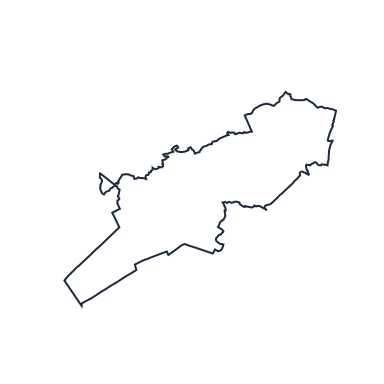 the district of Tamboesti, Vrancea, Romania, rotated 134°
{"feature_id": "2599482B45059786841433", "entity_name": "Tamboesti", "entity_type": "district", "adm_level": 2, "iso_a3": "ROU", "parent_name": "Romania", "parent_adm1": "Vrancea", "projection": "orthographic", "projection_center": [27.032, 45.517], "detail": "fine", "context": "isolated", "style": "outline", "palette": "slate", "viewbox_px": 384, "rotation_deg": 134, "n_neighbors": 0, "source": "geoboundaries", "source_scale": "gbopen_adm2", "svg_char_len": 6012}
<svg xmlns="http://www.w3.org/2000/svg" viewBox="0 0 384 384"><g transform="rotate(134 192 192)"><path d="M350.6,192.3L348.6,193.9L347.0,193.3L346.3,193.2L338.0,190.5L334.7,189.7L325.4,187.7L322.9,186.9L316.2,185.4L308.3,183.2L299.4,181.2L287.5,178.0L286.8,177.9L283.8,182.7L274.1,179.2L271.4,177.7L269.5,176.9L262.7,173.8L252.3,168.8L253.6,165.7L253.7,165.4L253.6,165.2L251.3,164.9L247.2,164.0L237.1,162.4L234.5,161.0L234.2,160.7L233.5,158.8L232.2,155.9L229.9,151.4L221.8,134.3L217.4,135.5L217.3,135.2L216.9,133.5L216.4,132.1L215.9,131.7L214.4,130.9L213.6,131.0L212.2,130.8L209.0,132.3L207.9,133.0L209.2,135.0L209.7,135.4L210.0,136.6L210.4,140.1L210.1,140.9L209.3,142.1L208.5,142.5L204.3,142.7L203.7,142.6L202.8,141.8L202.5,141.7L200.5,142.1L199.9,141.8L199.3,141.8L198.4,142.2L198.2,144.0L198.2,144.6L199.1,149.0L196.6,149.6L195.3,150.5L192.1,150.8L191.6,150.4L190.5,150.5L190.2,150.2L189.8,150.1L186.3,151.3L184.9,152.8L183.4,154.9L182.6,155.7L181.9,154.9L180.4,156.6L179.7,158.4L179.8,158.5L178.3,161.6L178.3,162.6L177.1,162.0L176.5,161.5L176.1,160.9L175.8,160.2L175.6,159.3L173.7,158.7L173.2,158.2L172.3,156.0L171.6,155.5L169.1,154.4L168.1,153.3L167.4,152.0L166.6,150.6L167.3,149.7L167.5,149.0L167.0,145.8L166.5,144.1L165.7,143.5L165.3,144.0L164.9,143.5L163.1,140.5L162.4,139.6L161.8,138.3L160.3,137.6L159.6,137.6L158.9,137.9L158.4,137.8L158.3,137.6L158.3,136.6L157.9,135.9L156.8,135.6L156.3,134.8L155.2,133.7L154.8,132.5L154.4,130.6L153.4,127.9L153.3,126.4L153.1,126.4L153.1,128.4L152.3,129.4L151.4,129.7L149.6,129.3L147.5,127.8L146.3,127.3L145.0,127.0L138.1,126.6L133.3,126.7L130.6,126.3L116.1,125.6L115.0,125.6L112.8,125.9L109.2,125.6L106.1,125.8L105.0,125.7L103.9,127.3L103.3,127.8L102.0,127.7L101.0,127.2L100.5,126.4L100.1,125.0L99.4,123.9L99.4,122.4L98.9,121.5L98.7,120.7L98.7,120.1L98.4,120.1L98.1,120.4L97.5,121.6L97.3,122.6L96.5,123.3L96.4,123.6L96.5,124.2L96.5,124.6L96.3,125.2L95.5,126.1L94.8,127.2L94.4,127.8L93.3,128.6L92.6,128.6L92.3,127.6L91.3,126.7L90.9,126.1L90.7,125.4L88.9,125.6L87.3,124.7L86.7,124.5L86.0,124.6L85.6,124.5L85.0,124.0L84.6,123.4L84.8,119.8L84.7,119.5L83.3,117.8L82.4,118.0L82.1,117.9L81.2,116.9L79.6,114.8L79.1,113.7L78.6,113.0L76.9,114.5L73.4,116.5L71.8,118.2L70.2,119.4L67.1,122.1L62.5,124.8L57.5,126.5L58.0,127.2L58.9,127.4L59.1,128.0L59.8,128.3L60.5,129.3L60.7,130.0L60.2,130.6L59.1,131.0L58.6,131.5L58.0,131.7L56.7,132.4L56.0,132.6L54.8,133.5L51.7,134.8L49.0,135.7L48.3,135.7L47.6,136.2L46.8,136.4L46.6,136.5L46.7,136.8L46.7,137.2L46.4,137.6L45.9,137.6L45.3,138.0L44.8,138.0L44.5,138.4L44.1,138.6L43.5,138.9L42.7,138.9L42.4,139.9L42.0,140.1L41.6,140.1L41.2,140.3L41.0,140.2L40.6,140.7L39.1,141.4L33.4,144.9L34.9,148.4L36.5,150.9L37.4,152.7L38.1,153.4L39.4,154.6L39.8,155.1L40.2,157.4L40.4,157.8L41.2,158.6L43.8,160.0L44.1,160.2L44.2,161.6L44.0,165.1L44.1,166.9L45.2,171.5L45.6,174.5L45.9,174.8L47.5,174.9L48.5,175.7L50.5,177.6L54.0,181.4L54.3,181.8L55.1,183.5L55.6,184.0L55.8,184.4L56.0,184.8L56.0,185.2L55.8,185.7L54.9,186.8L54.7,187.9L53.8,188.5L53.6,188.8L53.5,189.3L53.6,190.0L54.1,190.4L54.6,190.4L54.7,190.7L54.9,192.0L55.0,194.2L59.6,193.5L63.0,194.1L64.6,193.4L66.3,191.8L68.5,192.7L73.3,193.0L74.6,196.1L75.5,197.8L76.9,199.9L79.6,201.7L82.8,203.2L85.8,203.9L87.8,204.7L89.9,204.8L91.6,204.5L92.6,203.9L93.1,203.8L95.5,204.2L96.4,205.4L98.3,206.5L100.3,207.2L107.0,190.9L108.5,192.3L109.6,192.7L111.9,194.2L111.9,194.9L112.8,196.1L113.6,195.8L114.2,195.9L114.8,197.0L115.6,197.6L116.2,198.7L116.8,199.3L120.1,200.7L120.4,201.1L120.5,201.6L119.9,202.8L121.8,204.8L122.9,205.5L123.1,206.4L123.5,207.4L123.8,207.8L124.5,207.7L125.4,207.3L125.7,205.3L126.1,205.6L126.0,205.9L126.2,206.4L127.5,206.4L130.9,207.9L134.6,209.3L136.9,209.6L137.5,209.4L138.3,209.8L139.5,210.6L139.9,211.3L142.1,212.0L143.9,211.0L145.4,212.5L146.7,213.1L147.8,213.3L149.4,214.1L150.3,214.5L150.9,215.0L153.8,215.5L155.5,214.9L157.1,214.9L158.1,214.3L160.8,216.0L162.4,216.5L161.5,218.4L161.2,219.4L161.1,221.0L161.4,221.4L160.8,224.1L163.4,225.0L163.7,224.8L164.2,223.7L164.8,223.7L166.2,224.5L168.0,225.2L169.8,226.7L170.6,227.3L171.3,228.0L172.8,230.3L173.3,232.5L173.3,233.2L173.0,233.6L172.7,233.7L170.7,232.9L169.5,232.9L169.4,233.1L169.6,233.3L169.6,233.7L169.1,234.8L169.2,235.1L169.9,235.5L171.7,236.3L175.3,236.2L175.2,235.7L176.1,233.4L178.7,235.0L181.3,236.0L182.9,237.6L185.0,238.7L185.0,238.0L185.4,236.6L185.3,236.0L184.0,235.2L183.1,233.9L183.1,233.4L183.3,233.3L183.5,233.5L184.6,233.9L186.0,233.6L186.8,233.7L189.6,235.3L190.0,235.2L190.3,234.9L190.6,234.2L192.7,232.5L192.7,232.2L192.4,232.0L193.7,230.7L195.5,231.1L196.1,231.8L196.1,232.1L196.4,232.6L197.2,233.5L197.9,232.7L199.8,233.3L200.9,234.0L202.0,236.7L202.0,237.1L203.3,235.8L204.0,235.8L205.2,236.2L205.3,235.8L206.5,235.4L207.6,236.2L207.9,236.6L208.2,236.5L209.2,235.5L210.1,235.4L211.3,236.3L211.9,236.6L212.4,236.5L213.5,235.9L214.5,234.1L215.7,236.3L216.9,238.0L217.8,238.7L218.6,240.2L218.8,240.9L220.3,240.9L222.0,242.1L222.6,242.7L221.2,244.9L221.2,245.3L222.5,247.2L222.8,247.9L223.2,249.4L223.5,249.9L224.7,251.4L227.6,254.0L228.1,254.1L235.7,252.5L235.9,251.6L236.8,251.0L237.2,250.9L237.6,251.1L238.0,252.7L238.2,252.8L238.6,252.8L239.5,252.5L240.3,252.6L240.4,252.8L240.7,254.2L242.3,270.1L242.5,271.0L245.5,268.5L245.7,267.9L245.5,266.4L245.8,265.8L246.3,265.1L246.5,264.3L246.7,264.1L248.9,263.3L250.1,263.1L250.5,262.9L251.6,261.4L252.7,261.2L253.0,260.9L253.4,260.4L253.8,259.5L254.5,258.2L255.3,255.8L255.3,255.5L255.0,253.6L252.8,254.0L252.2,254.0L250.5,253.5L248.7,252.5L245.9,253.0L244.3,252.3L242.9,252.3L241.8,252.0L240.6,251.1L240.0,249.7L240.9,248.5L240.8,246.3L240.6,245.7L245.4,242.7L246.3,242.7L246.7,241.9L247.0,240.1L247.6,239.4L248.2,239.3L249.9,239.7L250.3,239.5L250.9,238.6L251.8,238.2L252.0,237.9L254.2,232.2L262.3,235.0L265.1,227.2L267.9,219.7L294.1,220.7L302.5,221.3L309.1,221.4L311.4,221.6L318.7,221.9L324.1,222.2L325.7,222.6L328.2,222.6L328.7,222.5L338.0,222.8L343.7,222.4L343.8,221.9L344.4,222.0L350.6,192.3Z" fill="none" stroke="#1e293b" stroke-width="2"/></g></svg>